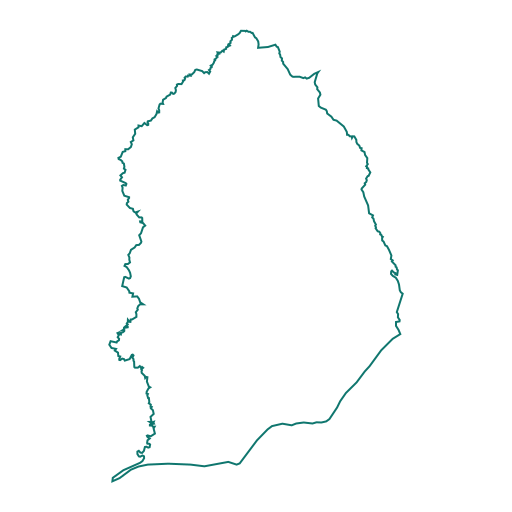 Xuyen Moc, Bà Rịa - Vũng Tàu, Vietnam
{"feature_id": "81297802B24499966976565", "entity_name": "Xuyen Moc", "entity_type": "district", "adm_level": 2, "iso_a3": "VNM", "parent_name": "Vietnam", "parent_adm1": "Bà Rịa - Vũng Tàu", "projection": "albers", "projection_center": [107.437, 10.63], "detail": "fine", "context": "isolated", "style": "outline", "palette": "teal", "viewbox_px": 512, "rotation_deg": 0, "n_neighbors": 0, "source": "geoboundaries", "source_scale": "gbopen_adm2", "svg_char_len": 6008}
<svg xmlns="http://www.w3.org/2000/svg" viewBox="0 0 512 512"><path d="M122.3,190.9L124.3,195.7L129.1,197.2L129.1,198.0L127.8,199.8L128.4,201.7L126.9,203.1L126.7,204.6L129.9,208.0L132.9,208.8L133.4,211.0L134.5,212.1L135.5,212.4L137.9,211.6L136.2,213.5L136.8,214.7L139.2,217.4L141.6,217.4L142.2,218.0L142.3,221.3L140.1,221.4L140.3,222.3L143.1,223.1L145.2,225.6L143.0,227.3L141.0,233.3L139.2,235.2L141.4,241.6L141.0,242.8L139.0,244.9L136.3,245.1L134.6,247.5L131.0,249.8L129.7,253.3L128.3,254.9L129.4,257.5L129.3,259.7L130.0,262.4L127.9,264.0L125.3,264.1L124.5,265.9L126.7,267.1L128.9,270.2L130.1,272.8L130.8,276.3L130.1,278.1L128.9,278.6L125.3,276.9L124.2,277.2L122.2,286.1L126.7,287.5L129.3,291.3L129.4,292.7L133.1,293.4L132.4,296.7L137.2,296.4L139.0,298.8L140.2,302.3L143.2,304.3L140.1,304.3L138.2,306.1L137.3,308.4L137.8,309.7L135.8,312.2L136.4,314.1L136.4,316.9L132.2,319.4L130.7,319.5L130.4,321.9L129.5,321.8L127.9,319.8L127.8,322.1L126.8,323.4L127.7,324.4L125.5,326.3L127.7,326.7L127.7,327.3L124.0,327.9L123.8,329.5L122.8,330.1L124.3,330.2L124.2,331.2L122.6,332.4L121.0,332.4L120.9,334.5L118.8,334.0L118.9,332.5L117.5,333.1L118.8,335.2L117.7,337.2L119.1,338.8L118.9,340.3L117.1,341.4L116.6,342.5L110.6,341.2L109.3,344.7L111.5,348.0L116.0,348.9L114.8,350.6L118.0,352.6L118.3,356.0L120.2,356.5L119.2,359.0L119.4,360.0L120.2,360.1L122.2,358.6L124.0,359.1L124.8,360.6L129.6,359.1L131.8,354.9L132.7,354.6L133.5,355.4L132.4,357.8L133.5,359.1L133.5,360.8L134.1,361.6L134.3,367.0L135.0,367.7L137.8,367.7L139.8,366.1L141.3,368.2L142.1,367.0L143.1,367.8L141.3,369.2L142.0,370.2L141.5,371.2L141.7,372.9L144.7,375.8L145.2,378.0L146.1,376.9L147.4,377.2L146.9,381.6L148.8,386.5L150.2,387.3L148.5,388.4L146.7,391.7L146.5,393.5L147.9,394.0L147.3,395.3L148.1,398.1L148.9,398.1L149.3,402.1L148.8,403.3L150.8,404.6L150.5,406.7L151.7,407.0L150.9,408.4L152.9,410.2L153.7,413.9L150.5,416.9L151.5,421.8L149.6,421.9L150.9,422.8L153.8,421.8L153.4,422.9L153.9,423.7L150.9,424.2L149.9,424.7L149.9,425.5L152.2,425.6L153.0,426.8L154.6,426.7L153.6,428.5L154.9,433.6L150.7,436.3L147.6,435.4L146.9,435.8L147.5,437.0L149.7,438.5L147.5,440.3L147.1,443.0L147.4,443.7L149.3,443.8L150.1,444.5L149.6,447.2L148.2,447.6L146.3,446.7L144.9,447.0L143.9,450.9L142.1,452.9L140.4,452.6L138.8,450.8L137.4,451.6L137.4,454.0L138.9,456.4L140.2,456.7L142.4,455.5L144.0,456.3L144.1,458.2L142.4,461.1L140.1,462.8L123.4,470.2L112.8,477.8L112.4,481.3L119.6,478.1L130.9,469.7L138.6,466.5L147.8,464.6L168.3,463.7L190.5,464.6L204.4,466.3L228.3,461.9L236.6,464.6L239.7,463.4L257.0,440.3L267.6,429.4L272.0,426.1L282.4,423.7L291.7,425.3L296.2,423.5L303.7,422.5L312.5,423.5L316.5,422.3L321.4,422.5L326.2,421.4L329.4,419.1L337.1,407.5L340.2,401.2L345.9,393.0L356.6,382.4L364.8,371.4L369.5,366.3L381.2,350.3L392.7,338.8L400.3,334.1L398.5,329.8L396.0,325.9L396.0,322.0L399.5,321.4L399.7,320.0L397.9,317.3L398.1,314.1L396.8,312.1L402.7,293.7L400.8,292.2L399.8,290.3L399.0,284.5L397.8,280.9L395.8,277.7L392.8,275.9L391.0,273.9L391.2,271.4L392.0,270.6L393.9,272.5L395.4,273.1L395.3,274.4L397.2,274.9L397.9,270.3L397.0,269.5L396.6,267.4L395.6,266.7L395.6,265.3L391.9,261.5L392.7,260.4L390.8,259.1L391.4,255.5L389.0,249.9L387.0,246.2L385.3,245.4L383.6,241.6L382.2,240.5L382.1,237.9L382.8,236.9L381.9,236.4L381.4,235.0L380.2,234.4L380.4,233.3L379.3,231.7L377.7,231.3L375.6,228.3L376.0,227.3L375.2,225.8L375.9,224.6L374.0,221.2L373.5,218.7L372.2,217.4L373.0,215.4L369.1,213.3L368.1,205.4L364.2,196.5L363.3,192.2L361.5,189.5L361.7,188.5L365.2,184.7L364.7,183.3L366.2,182.0L366.8,180.2L366.1,178.6L367.7,176.1L368.6,175.9L370.3,172.4L368.3,169.4L368.2,168.4L366.9,168.1L367.0,166.9L366.2,166.3L367.8,164.1L367.0,162.8L367.3,158.1L365.1,155.0L364.5,152.0L361.4,150.4L361.6,148.2L360.1,147.9L359.3,145.6L357.2,143.8L356.4,142.0L356.3,139.8L354.3,136.4L352.8,136.3L352.0,137.8L351.7,136.4L349.8,136.3L348.4,134.8L347.1,134.8L346.8,131.9L343.8,126.5L336.6,120.6L333.5,119.8L331.4,116.7L327.2,113.5L326.8,111.2L325.9,109.7L320.8,107.6L318.8,106.0L318.1,98.5L320.4,94.7L319.9,92.5L317.2,89.2L317.4,87.3L315.2,84.5L314.7,82.2L317.3,73.4L318.3,72.0L314.3,73.8L309.2,77.8L306.7,78.6L305.1,77.4L303.4,78.1L299.5,76.7L293.0,76.8L292.0,76.3L290.2,74.6L287.7,69.1L283.2,63.7L283.1,61.9L281.8,60.6L282.0,58.4L280.5,57.1L280.1,54.5L279.3,53.5L279.7,51.6L277.9,47.1L276.7,46.7L275.4,44.7L268.0,47.0L258.1,47.8L258.6,44.4L258.2,41.4L256.3,38.2L255.0,37.4L252.6,32.9L251.7,33.0L250.1,31.8L248.5,31.8L246.7,30.7L245.7,31.4L245.1,30.9L241.0,30.8L239.6,33.1L238.2,34.3L234.5,36.5L233.1,36.1L232.8,37.3L231.8,37.9L232.0,39.7L230.4,41.3L230.6,42.9L228.9,44.0L230.0,45.5L229.0,45.9L228.1,45.2L227.7,46.9L226.2,47.3L226.1,48.9L224.1,49.6L223.7,51.6L222.4,50.7L220.5,52.7L217.8,52.4L218.6,53.6L217.6,53.5L217.8,54.8L217.1,55.1L217.4,56.6L216.6,56.5L217.0,57.2L216.2,58.4L214.6,59.4L215.1,60.4L214.2,61.2L213.9,62.6L212.6,64.7L211.0,65.5L211.8,66.1L211.7,67.2L210.7,67.4L210.4,69.0L209.0,70.0L210.2,71.5L209.0,73.7L207.4,72.1L205.2,72.2L204.1,73.1L202.2,71.1L196.8,69.5L195.3,69.9L194.2,72.2L191.7,74.6L189.9,74.5L190.5,75.7L188.0,75.5L187.7,76.6L185.7,76.5L184.6,77.8L185.1,78.6L184.4,80.2L182.9,80.5L183.1,81.5L181.5,84.1L178.2,84.0L176.9,84.6L177.1,85.9L175.3,88.0L175.9,90.1L175.6,92.0L174.3,93.6L173.2,93.9L171.8,92.5L170.8,92.5L170.2,94.6L166.6,96.6L165.9,98.1L163.1,99.7L162.6,102.6L163.1,103.9L160.4,103.7L159.6,104.5L158.5,108.4L159.2,110.2L159.2,112.4L158.3,112.6L157.1,111.3L156.5,114.0L154.6,117.2L152.4,118.4L150.9,120.6L147.8,121.3L147.5,122.3L148.3,123.6L148.2,124.9L147.2,125.2L144.4,123.0L141.7,126.2L138.5,125.5L138.5,127.3L134.8,129.6L135.2,133.8L132.8,137.3L133.4,140.4L130.8,142.0L131.8,144.2L130.9,147.0L128.1,149.3L125.3,149.2L125.3,151.2L122.7,151.9L120.8,156.7L118.4,157.9L118.7,159.1L120.6,159.9L122.3,161.4L122.5,162.8L123.9,163.6L124.4,166.8L123.9,168.6L125.5,169.8L124.6,172.7L123.0,173.1L120.4,175.4L122.0,177.3L120.2,179.7L120.2,180.6L125.7,183.1L126.4,183.9L125.8,185.5L123.3,185.0L121.9,185.9L122.6,187.7L122.3,190.9Z" fill="none" stroke="#0f766e" stroke-width="2"/></svg>